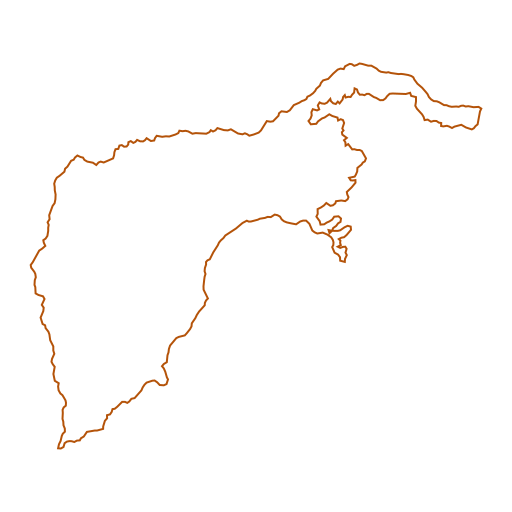 Novo Jardim, Tocantins, Brazil (Natural Earth projection)
{"feature_id": "56859067B81218887161282", "entity_name": "Novo Jardim", "entity_type": "district", "adm_level": 2, "iso_a3": "BRA", "parent_name": "Brazil", "parent_adm1": "Tocantins", "projection": "natural_earth1", "projection_center": [-46.478, -11.806], "detail": "fine", "context": "isolated", "style": "outline", "palette": "amber", "viewbox_px": 512, "rotation_deg": 0, "n_neighbors": 0, "source": "geoboundaries", "source_scale": "gbopen_adm2", "svg_char_len": 5953}
<svg xmlns="http://www.w3.org/2000/svg" viewBox="0 0 512 512"><path d="M58.1,448.3L60.8,448.5L63.5,447.0L64.6,443.2L66.9,441.6L69.4,441.1L71.6,441.2L74.3,442.0L76.9,440.6L79.8,440.4L80.9,438.3L83.8,436.5L86.9,431.9L94.9,430.5L97.2,430.5L103.1,428.9L103.2,426.4L104.9,420.8L107.1,418.3L107.0,415.2L110.0,414.4L111.7,411.9L112.5,409.1L114.7,408.8L117.2,406.8L122.1,401.9L125.1,401.9L127.2,402.9L129.3,401.5L131.4,398.8L134.6,398.1L141.4,390.4L142.7,387.4L144.5,384.7L146.6,382.6L152.4,380.7L154.6,380.5L157.2,382.3L159.7,385.0L163.8,385.3L166.5,384.1L168.0,379.4L166.9,377.4L165.3,371.8L163.8,368.4L162.0,366.2L163.8,364.0L166.8,362.2L167.5,355.2L168.5,352.4L168.9,349.0L170.1,345.5L176.3,338.1L178.8,336.9L184.8,335.4L186.8,333.2L190.1,329.0L191.5,326.4L191.8,323.3L195.3,318.2L196.8,315.0L199.1,311.5L204.7,305.3L204.9,302.8L206.1,300.4L207.9,298.5L203.6,289.7L203.5,286.2L204.2,279.8L204.6,276.8L205.5,274.0L204.6,271.2L204.9,268.0L206.1,264.5L206.0,262.0L207.5,260.3L209.8,259.3L213.3,252.3L217.8,245.3L219.0,242.6L220.8,240.4L223.4,238.1L225.3,235.5L236.0,228.5L242.5,223.0L246.8,220.7L248.8,221.6L251.0,221.5L257.8,219.7L259.9,218.7L265.0,217.9L267.6,216.9L270.8,217.1L274.7,214.6L277.5,215.2L280.0,216.6L281.7,219.4L283.9,221.2L286.8,222.4L291.3,223.4L296.1,224.3L300.2,221.5L303.1,220.6L306.1,220.6L309.4,223.8L312.3,230.5L314.6,232.3L317.3,233.5L322.7,232.6L327.4,234.6L331.2,237.3L332.9,240.0L333.5,242.4L333.3,245.1L332.2,247.1L334.6,252.7L338.1,254.6L340.0,257.2L340.2,260.7L344.8,261.9L345.0,258.9L346.8,255.1L345.5,252.6L346.6,248.8L345.3,246.7L342.9,246.9L340.2,247.9L337.8,246.7L340.8,245.1L340.1,242.9L340.4,240.6L338.8,239.1L341.4,237.7L344.1,237.2L346.6,235.0L351.0,229.8L350.7,226.6L347.6,225.8L344.5,227.3L340.2,230.3L337.7,230.9L332.0,230.8L333.2,228.0L336.2,225.9L338.1,223.3L340.5,221.9L341.0,218.5L338.5,216.3L334.2,216.7L332.2,219.6L329.4,221.4L326.7,222.6L324.2,224.3L320.5,224.6L319.7,221.2L316.4,216.6L317.7,213.9L317.6,209.1L320.9,207.5L323.9,205.5L326.3,203.0L330.4,205.8L332.9,205.3L335.3,203.4L336.0,201.2L341.3,200.5L345.2,201.1L347.6,199.3L348.5,197.1L347.3,194.6L346.8,192.0L351.6,187.4L355.5,182.7L355.4,180.1L352.7,180.5L350.7,180.3L349.1,177.8L354.7,176.6L355.9,174.6L357.2,171.5L357.4,167.9L361.6,164.5L362.8,162.6L364.8,161.4L366.0,158.4L361.8,151.0L359.7,150.0L357.0,150.0L354.3,149.2L352.2,149.4L348.2,144.1L345.6,145.7L345.4,142.3L344.0,140.2L346.8,137.9L342.3,134.6L341.9,132.2L343.5,130.5L342.3,128.5L344.1,123.0L343.0,120.1L340.7,119.2L338.1,120.5L337.5,117.6L332.3,116.0L329.3,114.3L324.6,117.5L322.1,118.4L318.0,121.4L316.3,123.8L310.8,124.3L308.5,121.0L310.5,118.6L311.7,115.4L311.4,112.2L312.8,109.2L317.1,110.4L319.2,109.4L317.8,105.4L319.6,102.4L321.6,103.4L324.6,103.8L327.0,102.7L330.3,98.9L330.9,101.1L333.2,103.3L335.8,104.0L337.8,101.6L339.6,103.4L342.6,99.5L343.1,97.0L344.8,95.1L345.6,97.5L348.3,96.8L350.6,97.0L352.1,94.7L354.1,92.6L354.6,88.4L357.0,89.5L358.0,92.5L359.8,94.7L362.3,94.6L364.5,95.2L366.7,93.9L369.0,93.9L373.9,97.1L376.2,97.9L380.1,100.2L383.2,100.1L385.5,98.4L387.1,96.2L389.6,93.8L392.5,93.5L405.8,94.0L410.1,92.8L411.2,95.9L416.0,97.1L416.0,101.5L415.3,105.8L416.9,108.7L422.1,114.4L423.6,116.9L424.6,120.1L427.7,119.6L431.0,121.7L433.8,120.9L436.5,121.0L438.8,122.6L441.2,123.0L441.1,126.0L443.3,126.4L446.9,125.8L449.1,126.5L452.0,128.0L454.5,126.6L461.3,124.8L466.0,127.5L471.8,129.4L473.8,128.3L475.5,126.1L477.6,124.4L480.0,111.4L481.3,108.6L478.6,106.9L473.6,107.2L468.4,106.2L465.7,106.5L463.2,105.6L461.1,105.8L458.7,106.8L456.3,106.5L451.7,106.8L448.9,106.2L446.6,105.2L444.0,105.1L439.3,102.3L436.8,101.3L433.8,101.1L431.1,99.4L428.9,97.0L427.6,94.2L426.0,92.2L422.2,87.8L417.4,83.7L414.3,79.5L413.3,77.3L411.3,76.0L408.2,75.0L403.6,74.2L401.0,73.9L398.6,74.1L390.9,73.0L388.3,72.2L386.3,72.6L381.0,71.8L378.8,70.7L376.6,68.6L371.4,65.7L368.3,65.7L362.0,63.9L359.5,63.5L357.0,64.9L354.2,65.8L351.8,64.2L349.7,63.9L345.1,66.3L343.7,69.1L340.5,68.6L337.7,69.6L333.2,73.6L328.2,78.9L323.1,80.4L321.0,82.9L319.9,85.6L316.3,88.8L315.2,90.9L313.1,93.2L310.0,95.5L307.4,96.7L306.4,99.0L304.4,100.2L301.8,101.1L299.3,102.7L293.8,105.1L289.8,110.3L286.9,112.0L281.5,111.3L279.0,113.3L278.5,115.7L273.0,121.3L270.3,121.7L266.8,121.1L261.0,130.4L258.7,132.6L253.7,134.5L249.3,135.7L247.3,134.3L244.9,133.3L242.5,134.3L238.0,133.5L230.9,129.3L227.8,130.4L223.9,130.1L217.4,128.1L215.5,130.3L213.0,131.5L210.8,130.2L209.5,132.1L206.3,133.7L195.7,133.1L192.4,133.7L188.2,131.4L185.5,130.8L182.5,131.2L179.4,130.7L178.3,133.1L175.5,134.5L169.3,136.5L165.8,136.3L162.2,136.8L156.7,135.8L155.0,138.1L154.2,140.5L150.9,141.0L146.6,138.2L145.0,140.2L143.1,141.4L140.1,141.3L137.1,139.9L135.4,141.9L133.3,142.9L130.8,141.1L128.4,142.2L128.2,144.6L126.6,146.5L124.1,146.7L121.8,145.1L119.4,145.6L118.3,148.9L115.5,149.2L114.4,152.2L114.1,155.2L113.1,158.4L103.7,162.5L100.7,161.6L98.5,162.5L96.3,165.0L92.9,162.7L87.3,161.6L84.4,159.9L83.0,157.6L80.5,157.0L77.4,155.5L75.0,157.5L73.7,159.7L71.1,160.8L67.4,166.7L65.1,168.7L64.4,171.7L59.6,175.8L56.8,177.7L55.2,180.5L54.2,183.7L54.7,186.9L54.8,190.3L55.6,194.5L55.4,199.3L54.6,203.2L52.6,205.9L49.2,215.2L49.6,219.2L47.6,222.3L48.7,224.9L48.2,227.6L48.2,230.9L47.4,235.9L45.6,238.6L43.3,240.2L43.8,242.7L45.3,245.9L42.2,248.6L39.2,250.6L32.7,262.3L30.7,265.0L31.2,267.7L34.3,271.8L35.3,273.9L35.8,277.3L34.8,280.1L34.5,284.9L35.3,287.1L35.6,293.4L38.5,295.0L43.0,296.3L44.5,299.0L41.8,304.9L43.7,307.7L43.3,311.1L40.6,317.6L42.6,324.0L45.1,325.3L45.6,328.1L48.4,331.7L49.4,334.4L50.2,340.2L53.3,346.4L53.3,350.5L54.3,353.8L52.0,358.9L51.5,361.8L52.8,364.3L54.7,366.8L53.4,374.0L54.8,380.8L58.7,383.2L58.1,386.5L58.6,390.3L60.4,393.5L62.4,395.1L63.9,397.6L65.5,400.4L66.0,402.8L65.8,405.7L63.7,407.4L62.6,409.8L62.8,412.9L62.5,418.9L63.3,421.7L63.5,425.3L64.8,428.5L64.9,431.7L62.8,433.7L61.8,435.9L60.6,441.0L59.0,444.2L58.1,448.3ZM332.0,230.8L329.5,233.2L328.6,230.1L332.0,230.8Z" fill="none" stroke="#b45309" stroke-width="2"/></svg>